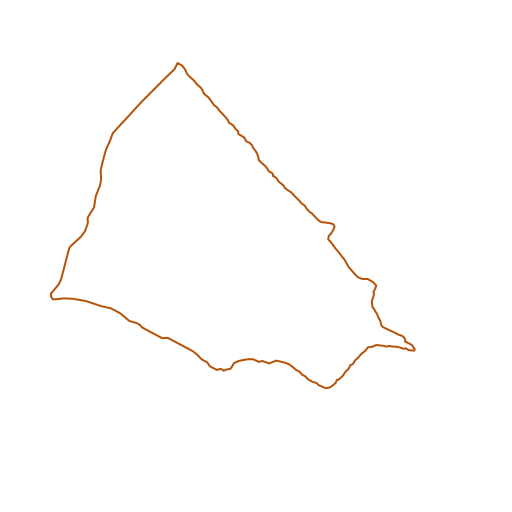 Abassiya, South Kordufan, Sudan (Robinson projection), rotated 298°
{"feature_id": "16777658B19857105557319", "entity_name": "Abassiya", "entity_type": "district", "adm_level": 2, "iso_a3": "SDN", "parent_name": "Sudan", "parent_adm1": "South Kordufan", "projection": "robinson", "projection_center": [31.282, 12.232], "detail": "fine", "context": "isolated", "style": "outline", "palette": "amber", "viewbox_px": 512, "rotation_deg": 298, "n_neighbors": 0, "source": "geoboundaries", "source_scale": "gbopen_adm2", "svg_char_len": 3741}
<svg xmlns="http://www.w3.org/2000/svg" viewBox="0 0 512 512"><g transform="rotate(298 256 256)"><path d="M389.2,96.2L387.1,96.2L385.5,96.3L383.1,96.4L377.9,94.8L369.6,92.1L365.6,90.8L364.3,90.5L358.4,88.7L355.7,87.9L349.8,86.1L337.0,82.2L328.3,80.0L314.4,76.4L309.3,75.0L307.4,74.5L297.2,71.9L292.8,72.5L289.2,73.0L279.7,73.6L275.8,74.4L274.1,74.8L268.0,76.2L258.8,78.6L250.6,83.4L245.0,85.2L233.6,86.4L223.0,90.2L212.0,89.4L210.4,89.5L208.3,90.8L206.6,91.8L204.9,92.3L199.4,93.1L197.7,93.4L190.7,92.3L181.3,89.0L181.1,88.9L180.8,88.9L178.4,88.0L177.1,87.6L175.4,87.6L172.6,88.0L167.2,89.3L154.4,92.4L152.0,92.9L149.6,93.5L144.4,94.7L138.6,95.2L128.6,93.0L127.1,92.7L126.5,92.5L124.0,94.1L122.5,96.7L122.4,97.0L122.9,97.9L123.9,99.6L126.2,103.1L128.0,105.6L129.0,107.4L130.3,110.3L132.2,114.2L133.9,119.4L136.3,126.7L138.1,137.2L138.9,141.9L139.0,142.4L139.5,144.4L140.0,146.2L140.8,149.3L141.6,151.9L141.7,152.2L141.7,154.7L141.7,159.0L141.7,159.8L141.7,162.6L140.7,167.5L140.6,168.1L140.3,169.7L140.1,170.3L139.7,172.2L139.4,173.6L139.2,174.8L139.2,175.0L139.9,177.8L140.5,180.8L140.6,181.4L140.8,181.9L140.7,183.1L140.7,183.8L140.7,185.7L140.5,186.3L140.2,186.9L139.5,188.8L139.5,190.6L139.4,190.6L139.4,191.2L139.4,211.8L142.3,216.5L142.3,244.8L141.4,249.9L139.2,256.8L139.2,262.7L136.9,267.3L137.1,275.0L139.8,277.8L139.6,281.4L142.3,283.7L144.3,286.3L147.9,286.8L151.1,286.8L153.1,288.4L155.1,289.9L158.1,293.5L160.1,296.1L162.1,299.1L163.5,302.2L163.7,305.0L163.9,308.4L166.2,310.7L167.3,317.9L169.2,319.6L173.2,323.1L175.6,332.6L175.7,334.4L175.9,336.1L175.4,339.2L175.0,342.0L174.3,344.0L174.3,346.7L174.3,348.9L172.9,352.0L172.9,354.0L172.9,355.8L172.2,358.0L171.6,359.7L171.4,364.3L171.9,367.4L172.3,369.2L171.8,370.6L171.4,372.0L171.6,374.5L171.8,376.4L171.9,378.2L172.0,379.7L173.4,381.4L174.3,382.6L176.2,383.7L177.4,384.4L178.8,384.9L179.9,385.3L181.3,385.9L182.8,385.8L184.6,385.6L185.5,386.9L187.6,387.7L188.8,388.1L191.4,389.0L193.4,389.1L194.6,389.2L196.6,389.5L198.4,390.3L200.4,390.8L202.0,390.7L203.8,390.5L206.1,392.3L208.4,392.4L210.8,392.6L213.9,393.9L216.6,394.4L218.7,394.9L220.9,395.8L223.4,396.9L225.6,397.3L227.9,397.7L229.6,400.1L230.8,401.6L232.3,402.7L233.8,403.9L235.1,407.0L236.3,410.0L237.2,413.6L239.2,416.2L240.3,419.3L241.4,421.8L242.3,423.9L243.0,427.2L243.5,430.1L244.8,431.6L244.7,433.7L244.6,435.2L245.7,437.8L246.8,440.1L248.4,439.8L248.9,438.5L250.5,435.7L250.7,433.4L250.5,427.8L252.3,427.0L253.4,425.2L254.1,422.6L253.4,418.0L253.4,413.4L252.9,404.9L252.9,400.8L254.1,398.7L257.0,396.4L259.0,393.1L261.5,390.3L263.1,387.4L264.6,385.1L265.8,382.6L270.1,379.7L273.0,379.0L275.5,378.7L277.9,377.9L279.5,376.6L283.1,376.6L286.3,376.1L287.9,371.5L288.1,365.3L285.8,361.2L285.2,357.6L285.2,355.1L286.3,352.0L287.9,347.9L289.7,343.0L291.9,339.7L294.4,335.8L296.2,331.4L298.4,326.8L299.8,323.0L302.5,317.6L304.7,311.9L307.9,310.8L310.4,311.6L313.5,311.9L316.9,311.9L318.9,311.4L320.3,309.6L320.1,307.3L318.9,303.7L317.8,300.6L316.5,297.8L316.7,295.4L317.4,292.4L318.7,288.8L319.8,285.4L320.1,282.9L321.2,279.3L323.4,275.2L323.9,271.3L325.5,267.4L326.6,263.3L327.5,260.5L328.8,256.9L329.1,253.1L329.7,249.2L330.9,247.9L331.8,244.1L332.4,241.0L334.0,238.2L334.7,235.6L334.7,233.3L336.0,232.8L336.9,230.5L336.7,227.6L338.3,225.3L339.9,221.5L340.8,217.4L342.1,213.3L344.4,211.7L346.9,208.9L348.7,206.1L350.0,202.7L352.0,200.4L352.9,197.3L352.7,193.5L355.2,189.8L355.4,183.4L357.7,181.6L358.6,178.2L360.6,174.6L361.0,169.5L362.6,167.7L364.4,163.6L366.9,156.1L368.9,152.0L369.4,148.4L371.6,144.1L373.6,140.0L374.8,134.0L378.4,129.2L379.9,123.3L382.2,117.6L383.1,113.2L384.4,109.7L387.6,105.5L389.4,101.2L389.5,98.7L389.6,97.1L389.3,97.1L389.2,96.2Z" fill="none" stroke="#b45309" stroke-width="2"/></g></svg>